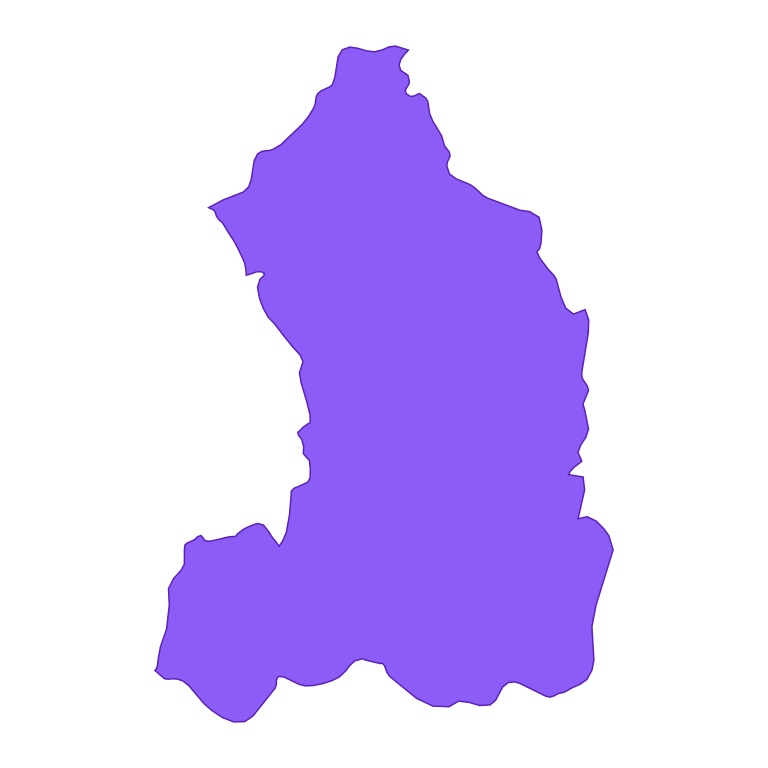 an SVG outline of Eastern
{"feature_id": "RWA-3493", "entity_name": "Eastern", "entity_type": "Province", "adm_level": 1, "iso_a3": "RWA", "parent_name": "Rwanda", "parent_adm1": "", "projection": "mercator", "projection_center": [30.365, -1.745], "detail": "fine", "context": "isolated", "style": "filled", "palette": "violet", "viewbox_px": 768, "rotation_deg": 0, "n_neighbors": 0, "source": "natural_earth", "source_scale": "10m", "svg_char_len": 3291}
<svg xmlns="http://www.w3.org/2000/svg" viewBox="0 0 768 768"><path d="M380.4,663.6L364.9,659.9L362.5,658.7L354.6,661.0L349.8,665.5L347.7,668.2L345.5,671.1L339.2,677.0L332.1,680.6L322.8,683.6L313.4,685.5L305.5,685.9L299.4,684.5L284.0,677.0L278.3,676.5L276.5,679.8L276.3,684.4L275.3,687.9L253.1,715.8L244.7,721.6L233.7,721.9L222.4,717.5L212.1,710.7L204.0,703.6L188.8,685.6L182.8,680.9L177.2,679.0L172.4,678.8L168.3,679.2L164.5,678.7L155.8,671.2L154.9,670.5L156.1,669.1L156.8,667.7L157.3,666.5L158.5,657.1L160.3,647.8L160.4,646.9L160.7,646.1L166.6,629.0L169.3,604.9L168.5,588.5L173.8,578.3L181.1,570.3L184.3,564.3L184.4,558.6L184.4,549.7L185.0,544.9L187.2,543.0L192.0,540.9L195.0,539.3L197.6,536.6L201.1,535.6L202.9,537.7L205.2,540.7L209.4,541.2L212.4,540.8L213.8,540.4L215.5,540.0L218.4,539.4L221.6,538.7L224.5,537.8L228.9,536.9L232.8,536.5L234.3,536.5L235.9,536.2L237.1,534.3L240.1,531.8L243.5,529.3L246.3,527.8L251.6,525.5L257.6,523.4L263.6,525.1L268.8,531.9L272.1,537.1L275.9,541.7L279.1,546.2L282.4,541.5L286.3,532.6L289.5,514.8L291.0,497.0L291.3,491.3L294.0,488.3L301.1,485.3L307.8,482.1L310.1,477.9L310.3,468.3L309.3,460.2L306.4,457.3L303.3,453.5L303.7,446.7L301.8,439.6L298.4,434.9L297.8,432.2L299.7,430.8L303.2,427.1L307.4,424.2L310.2,422.5L310.1,415.0L306.3,399.9L301.2,383.0L299.4,372.7L301.3,367.2L303.0,361.6L300.1,355.0L293.1,347.4L283.5,335.5L274.6,323.9L268.2,317.1L263.3,308.4L259.5,298.3L257.5,287.3L260.1,279.1L264.0,275.6L264.2,273.3L261.5,271.8L256.7,271.8L250.8,273.9L246.3,275.2L246.0,270.7L244.7,263.1L242.7,258.5L238.4,249.3L234.1,241.2L228.6,232.9L222.4,222.6L219.2,220.0L216.5,216.3L214.9,211.3L212.2,209.1L210.7,208.7L208.7,207.6L223.2,199.9L243.3,192.0L248.6,187.0L251.2,179.6L254.2,160.5L257.7,153.8L261.5,151.5L265.5,150.8L269.4,150.5L273.0,149.4L280.6,144.9L302.5,124.1L308.9,115.9L314.2,107.0L315.2,103.7L316.3,96.6L317.7,93.7L319.4,92.3L321.1,90.8L329.4,87.1L332.4,84.6L334.9,77.2L338.1,56.8L342.3,49.8L349.8,47.1L357.9,48.3L366.3,50.8L374.6,51.8L382.3,49.9L388.8,47.0L395.5,46.1L403.0,48.4L408.4,50.1L404.5,54.2L400.7,59.6L399.1,65.1L400.7,70.4L407.9,75.3L409.5,82.0L408.5,84.9L406.6,87.7L405.3,90.7L406.1,93.6L410.5,96.5L414.4,95.9L417.6,94.2L419.6,93.6L425.7,98.0L427.7,101.1L429.7,113.8L432.7,121.0L441.6,135.8L444.5,145.8L449.1,151.8L450.1,155.8L449.6,157.3L448.5,159.5L447.3,162.4L446.8,166.0L449.5,173.9L455.8,178.7L470.3,184.7L475.5,188.4L482.9,195.4L487.4,198.1L519.9,210.2L529.6,211.6L539.1,217.3L541.9,230.2L541.0,243.0L539.5,248.8L536.9,251.7L539.8,258.1L547.9,269.0L554.0,275.5L556.2,279.3L561.0,297.0L565.7,308.1L573.4,314.1L585.1,309.6L588.7,320.1L588.3,332.7L581.9,371.5L581.8,376.8L582.9,379.4L587.3,386.1L588.5,390.6L582.9,404.2L584.6,409.4L588.5,429.1L585.8,437.4L580.8,444.8L578.0,452.4L581.8,461.2L573.8,467.5L570.8,470.7L568.4,474.6L583.1,477.0L584.6,490.0L578.1,518.7L587.3,516.7L596.2,521.1L603.7,528.6L608.9,535.7L613.1,550.0L596.1,604.9L591.9,626.5L593.9,660.2L591.9,670.3L586.8,679.5L580.4,684.1L572.1,687.8L564.5,692.1L557.6,693.8L554.1,695.9L549.6,697.1L545.6,696.1L519.9,683.4L514.6,681.8L508.2,682.6L502.6,687.1L495.6,700.3L490.1,704.9L479.8,705.5L469.1,702.4L458.6,701.1L449.1,706.7L432.9,706.1L416.6,698.4L389.8,676.5L387.0,672.6L384.5,665.7L382.1,663.0L380.4,663.6Z" fill="#8b5cf6" stroke="#5b21b6" stroke-width="1.5"/></svg>